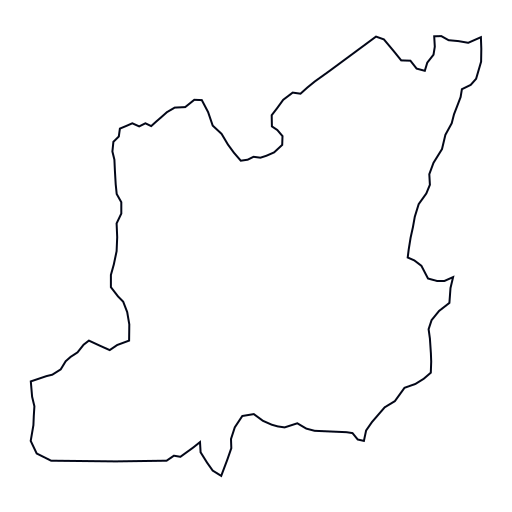 Rio das Pedras, São Paulo, Brazil
{"feature_id": "56859067B32599157784943", "entity_name": "Rio das Pedras", "entity_type": "district", "adm_level": 2, "iso_a3": "BRA", "parent_name": "Brazil", "parent_adm1": "São Paulo", "projection": "equal_earth", "projection_center": [-47.595, -22.845], "detail": "fine", "context": "isolated", "style": "outline", "palette": "ink", "viewbox_px": 512, "rotation_deg": 0, "n_neighbors": 0, "source": "geoboundaries", "source_scale": "gbopen_adm2", "svg_char_len": 2037}
<svg xmlns="http://www.w3.org/2000/svg" viewBox="0 0 512 512"><path d="M453.1,277.1L444.3,281.0L437.1,281.0L428.0,278.5L421.4,265.8L414.3,260.4L407.7,257.5L408.7,249.5L410.6,237.7L412.9,227.3L414.8,216.7L418.7,204.1L426.3,193.5L429.9,184.8L429.3,174.2L433.5,162.8L442.0,149.1L445.4,134.8L451.7,123.3L454.0,114.3L457.1,106.3L460.6,97.1L461.9,89.2L470.7,84.9L476.1,78.8L481.1,61.7L481.3,48.9L480.9,37.2L468.2,42.8L458.4,41.1L448.6,40.2L441.3,36.1L434.2,36.3L434.8,46.7L433.5,54.7L427.3,62.6L424.8,70.8L416.6,68.6L410.4,60.7L401.2,60.4L393.7,51.1L383.9,39.4L376.0,36.6L329.7,70.8L314.9,81.4L307.4,87.5L300.5,93.7L292.7,92.6L283.2,99.8L277.1,108.2L271.7,115.2L271.9,126.4L277.3,130.0L282.5,136.1L282.2,144.9L274.1,152.4L266.3,155.8L260.4,157.7L253.5,156.8L247.7,159.7L240.8,160.7L233.9,152.7L227.9,144.5L221.6,133.9L212.7,125.6L208.1,112.1L201.8,100.1L194.3,99.8L185.2,107.1L174.7,107.6L167.0,112.1L161.6,116.9L156.5,121.3L151.2,126.1L145.4,123.3L139.2,126.4L132.3,123.3L126.4,125.9L119.9,128.6L118.8,136.5L113.4,141.8L112.4,151.5L114.4,159.7L114.9,170.6L115.7,184.3L116.7,194.0L121.3,202.2L121.3,213.6L116.6,223.4L117.2,237.2L116.6,251.2L113.8,264.5L110.9,274.9L110.9,287.2L118.0,296.4L123.2,301.7L127.2,312.1L129.3,324.4L129.1,340.6L117.2,345.0L109.7,350.1L100.3,345.9L94.7,343.3L88.9,340.6L83.6,344.7L77.5,352.4L70.7,356.8L65.7,361.2L60.7,369.4L52.3,374.7L46.5,376.1L30.8,381.4L32.1,396.7L34.4,406.3L33.8,415.8L33.4,425.2L30.7,440.9L36.7,453.5L51.1,460.7L115.7,461.4L166.6,460.7L173.9,455.7L180.4,456.8L193.1,447.6L200.0,442.1L200.6,452.3L207.1,462.7L212.7,470.6L221.2,475.9L227.3,459.7L231.3,448.2L231.0,439.0L234.8,427.3L242.3,416.0L253.8,414.1L262.9,420.8L271.7,424.7L277.7,426.4L284.6,427.4L297.3,423.3L306.3,428.6L314.6,430.8L346.6,432.2L352.5,433.1L357.7,439.5L363.9,440.9L366.1,430.5L372.0,422.0L384.7,407.3L394.9,401.1L404.5,387.8L415.5,383.9L423.7,378.8L430.8,372.7L431.2,361.7L430.9,353.4L429.9,338.5L428.6,329.2L431.6,320.1L439.1,310.9L449.4,302.9L450.5,288.0L453.1,277.1Z" fill="none" stroke="#020617" stroke-width="2"/></svg>